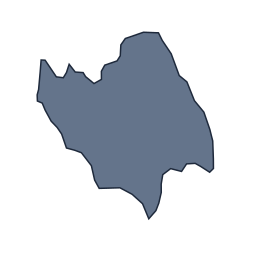 Flen, Södermanland, Sweden, rotated 71°
{"feature_id": "70781695B18684833515036", "entity_name": "Flen", "entity_type": "district", "adm_level": 2, "iso_a3": "SWE", "parent_name": "Sweden", "parent_adm1": "Södermanland", "projection": "robinson", "projection_center": [16.701, 59.078], "detail": "fine", "context": "isolated", "style": "filled", "palette": "slate", "viewbox_px": 256, "rotation_deg": 71, "n_neighbors": 0, "source": "geoboundaries", "source_scale": "gbopen_adm2", "svg_char_len": 875}
<svg xmlns="http://www.w3.org/2000/svg" viewBox="0 0 256 256"><g transform="rotate(71 128 128)"><path d="M47.2,70.1L42.5,82.2L42.5,101.4L47.1,107.7L57.2,111.8L61.0,116.5L61.0,129.5L65.7,134.7L73.4,137.3L74.9,145.7L65.6,151.4L61.0,152.4L57.9,159.7L48.6,162.9L55.5,168.1L59.4,172.8L56.3,179.1L36.9,184.3L35.4,188.0L46.2,192.7L62.5,200.0L67.1,203.1L73.0,204.9L76.5,201.0L84.2,200.5L96.6,198.4L104.4,194.8L112.1,192.7L126.9,192.7L131.5,185.9L136.2,180.1L151.7,174.9L166.4,176.5L175.7,174.9L178.8,165.0L181.9,155.1L192.0,145.7L204.3,138.9L220.6,137.9L215.2,128.5L209.0,123.3L199.7,117.5L191.9,114.9L183.4,110.3L180.3,100.9L186.5,91.5L181.0,84.3L183.3,76.0L188.0,71.8L196.4,65.2L194.1,60.4L184.9,57.3L167.8,52.1L162.8,51.7L156.2,51.1L137.7,51.1L123.8,56.3L103.6,57.3L95.1,62.5L71.9,63.0L56.4,67.1L47.9,68.2L47.2,70.1Z" fill="#64748b" stroke="#1e293b" stroke-width="1.5"/></g></svg>